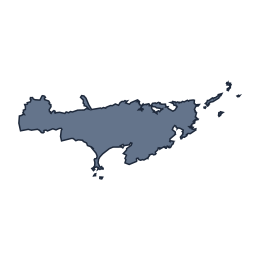 Corca Dhuibhne Lea-3, Kerry, Ireland (Albers equal-area conic projection), rotated 184°
{"feature_id": "5873133B90266849375515", "entity_name": "Corca Dhuibhne Lea-3", "entity_type": "district", "adm_level": 2, "iso_a3": "IRL", "parent_name": "Ireland", "parent_adm1": "Kerry", "projection": "albers", "projection_center": [-10.264, 52.188], "detail": "fine", "context": "isolated", "style": "filled", "palette": "slate", "viewbox_px": 256, "rotation_deg": 184, "n_neighbors": 0, "source": "geoboundaries", "source_scale": "gbopen_adm2", "svg_char_len": 5886}
<svg xmlns="http://www.w3.org/2000/svg" viewBox="0 0 256 256"><g transform="rotate(184 128 128)"><path d="M235.0,117.7L227.4,119.7L224.2,119.1L218.2,120.4L216.1,119.5L214.1,117.4L212.4,117.2L211.4,118.0L211.7,119.6L211.4,119.8L209.6,120.2L208.2,119.4L202.9,122.0L199.7,121.1L196.7,122.7L194.6,123.0L193.8,122.1L194.4,120.9L194.7,114.9L193.4,110.5L183.9,113.6L181.9,113.7L179.2,111.7L176.9,112.7L172.4,112.6L171.7,111.5L168.3,110.2L167.2,107.7L163.2,106.6L161.3,105.2L161.8,104.8L163.8,106.6L158.1,100.6L156.8,97.8L157.2,95.4L159.1,94.9L159.5,94.0L158.6,91.2L158.6,88.0L159.9,86.0L161.3,85.1L159.5,83.1L158.3,84.3L159.1,85.1L158.9,85.9L156.8,87.0L154.9,86.3L155.4,84.4L154.2,85.4L153.1,84.7L152.3,85.3L150.0,85.3L150.0,86.2L151.0,86.5L151.6,87.7L152.8,87.0L153.6,87.5L155.4,91.1L155.2,94.6L154.1,97.1L151.5,100.4L145.2,106.1L141.7,107.9L133.2,108.6L131.8,107.8L131.3,108.8L132.7,108.6L134.4,109.7L132.0,111.2L132.1,111.8L131.3,110.5L130.1,110.3L125.6,111.3L124.3,113.5L123.0,113.1L123.6,110.9L127.9,107.4L127.9,105.9L130.9,102.2L127.7,100.9L127.4,101.3L128.9,97.4L127.9,96.2L128.6,93.0L124.3,91.7L117.1,95.3L117.0,96.5L117.5,97.7L117.1,98.3L115.9,98.6L114.9,97.2L113.3,96.7L111.2,97.5L109.9,97.2L106.3,99.5L106.0,99.1L105.6,100.6L104.5,102.1L104.8,102.7L104.0,103.1L101.9,103.7L100.5,103.0L99.0,103.5L98.4,104.3L98.7,104.4L99.0,105.9L96.8,108.3L96.4,110.2L95.2,109.6L95.3,111.0L94.7,109.8L94.3,110.0L94.4,109.4L90.7,111.9L90.4,111.3L89.4,111.6L89.2,110.5L88.4,110.5L87.6,112.6L86.5,111.7L85.9,112.4L85.5,111.2L84.7,111.3L83.5,112.6L83.9,112.4L82.7,114.8L81.9,115.2L81.5,116.9L82.0,117.5L81.5,117.9L84.3,118.2L85.3,117.5L86.0,118.2L85.2,117.6L85.4,120.0L80.4,124.9L80.8,125.1L80.4,126.0L80.6,127.3L83.7,129.5L83.0,131.7L81.6,133.6L82.1,134.1L80.2,133.0L80.0,132.0L78.9,131.4L78.9,130.7L78.3,131.5L76.2,131.4L72.7,129.8L72.8,128.9L73.7,128.2L72.7,127.2L73.0,126.4L72.8,125.8L75.1,122.6L74.4,120.9L73.7,121.1L72.8,122.8L71.1,122.7L68.9,124.4L68.5,125.4L69.0,125.6L67.8,126.7L65.5,126.7L60.2,130.8L60.6,131.3L60.4,131.9L62.9,131.2L64.1,131.6L63.6,132.4L64.3,132.1L63.7,132.6L64.2,132.7L62.9,133.8L66.0,132.4L67.3,133.6L65.3,133.8L64.6,135.0L65.1,135.2L64.2,136.5L62.4,137.3L63.0,137.7L61.8,138.6L62.2,138.9L61.8,139.6L62.9,139.6L61.3,141.2L60.9,140.7L58.9,141.3L59.2,141.7L58.9,141.9L60.3,142.5L60.3,143.2L61.6,143.7L60.7,148.0L61.8,148.3L61.6,149.1L62.5,149.7L62.1,150.9L62.6,150.4L63.1,151.3L61.7,154.5L59.5,154.9L58.5,156.4L62.0,155.9L63.7,157.3L63.7,160.3L64.8,160.5L68.6,159.8L69.4,159.0L70.7,159.8L73.7,158.0L75.6,158.3L76.8,157.1L78.0,157.3L78.7,156.6L78.9,157.2L80.7,157.4L82.0,156.4L83.0,157.5L83.9,157.1L85.1,157.7L85.9,156.7L87.2,156.4L84.6,155.5L83.6,153.8L81.8,154.2L81.0,152.1L80.8,153.6L80.5,152.5L82.4,149.2L84.4,147.9L89.0,150.1L90.0,151.2L89.6,152.0L91.8,151.6L91.4,152.3L92.1,153.0L92.3,154.4L96.6,154.0L97.6,155.2L98.1,154.8L98.2,155.4L99.4,155.7L101.7,154.3L102.5,154.9L105.3,154.3L106.1,152.6L104.8,151.1L102.1,151.0L101.0,150.1L97.5,149.9L96.4,149.0L95.5,149.5L95.0,149.4L94.9,149.5L94.9,149.4L94.7,149.5L94.6,149.4L96.8,147.7L97.5,146.5L98.7,147.3L100.4,146.4L100.1,144.3L102.2,145.5L102.1,146.2L102.6,146.6L102.4,145.7L103.0,145.7L103.0,146.3L103.1,145.7L103.7,145.8L103.3,146.2L103.6,146.3L103.3,147.1L104.7,147.7L105.9,149.4L105.8,150.9L106.6,151.9L108.4,151.8L108.2,152.9L108.9,153.6L111.3,152.5L111.9,152.6L111.6,152.9L113.9,152.3L114.6,153.1L115.0,152.6L114.6,151.9L116.2,150.3L116.2,149.4L116.1,148.3L114.7,148.3L114.1,147.8L114.3,147.4L115.4,147.1L115.5,146.2L116.7,147.2L118.2,147.1L118.5,146.3L118.4,147.0L118.8,146.9L118.4,147.5L116.9,148.1L116.0,151.5L118.2,152.1L118.4,153.7L118.9,153.7L118.5,155.0L120.6,154.9L119.4,156.1L120.5,156.7L126.9,153.5L128.3,151.8L132.1,152.8L130.6,154.9L131.8,154.5L132.9,155.1L134.1,154.1L135.8,154.1L137.6,152.8L139.0,150.0L142.3,151.1L145.1,149.2L147.0,149.2L151.3,147.1L151.6,146.2L153.9,146.7L155.8,145.6L156.8,146.0L165.6,143.9L168.6,148.1L172.0,154.8L174.2,156.9L176.5,157.1L177.5,155.3L174.6,152.8L174.3,151.7L174.5,149.7L173.2,148.7L173.3,147.2L171.1,146.7L168.2,144.0L170.7,144.6L173.0,142.9L179.4,142.3L184.6,140.1L186.6,140.4L188.2,139.1L190.8,139.7L192.0,138.1L197.4,138.9L201.5,138.1L201.3,137.3L202.1,138.2L201.9,139.6L203.1,140.2L205.2,138.4L206.0,136.5L205.6,137.9L206.4,137.1L206.1,137.8L206.6,138.8L207.4,138.8L207.9,140.8L206.3,143.8L206.6,145.9L207.6,145.9L208.4,146.8L207.8,147.5L209.0,149.4L213.2,150.5L213.5,151.9L212.5,152.7L213.4,153.9L215.3,154.3L216.0,154.0L217.8,149.7L222.6,149.7L224.5,150.3L225.3,151.7L227.4,151.5L227.6,150.0L226.7,149.3L227.3,147.2L230.3,146.2L229.9,145.1L230.5,144.5L232.7,144.2L231.8,142.2L231.7,139.3L233.6,138.5L233.3,137.0L233.9,136.2L232.3,134.2L234.0,134.3L234.8,133.2L237.2,132.4L237.2,125.2L235.0,117.7ZM45.1,160.2L39.5,164.2L39.3,165.2L38.7,165.5L38.4,166.7L37.6,166.8L36.7,168.9L40.3,167.6L40.1,166.8L43.0,164.3L44.2,164.2L45.0,163.2L45.9,163.9L49.1,161.2L50.7,161.0L51.1,159.4L52.6,157.7L51.3,157.2L50.5,155.4L49.9,155.5L49.5,156.0L49.8,155.9L49.4,156.2L49.3,156.7L49.7,156.3L49.3,158.1L48.8,158.0L47.8,159.5L45.1,160.2ZM36.3,148.5L34.2,150.2L37.0,150.7L37.4,149.5L38.4,149.6L38.6,146.8L38.0,145.9L37.2,146.6L37.7,146.9L36.2,147.7L36.3,148.5ZM29.8,177.8L29.4,176.9L28.7,177.0L28.3,178.4L29.1,178.2L29.0,178.7L29.4,178.7L29.0,179.1L29.4,178.9L29.1,179.8L31.2,179.8L31.4,180.6L31.8,179.9L32.6,180.1L32.9,179.2L31.8,178.4L32.1,177.9L29.8,177.8ZM29.8,174.3L28.7,175.2L28.8,176.1L31.7,174.1L31.7,172.6L30.6,172.3L30.5,173.5L30.0,173.4L29.8,174.3ZM20.7,166.8L19.4,167.1L18.8,168.0L19.4,167.7L19.9,168.4L21.5,167.5L20.7,166.8ZM157.0,80.1L158.0,79.7L158.2,78.7L157.3,78.3L157.0,80.1ZM52.4,153.0L51.9,154.0L52.5,154.6L53.1,153.7L53.6,153.9L53.6,153.4L52.4,153.0ZM151.1,77.2L152.6,77.2L152.6,76.1L151.1,77.2ZM150.2,76.3L151.2,75.8L151.3,75.4L150.6,75.4L150.2,76.3ZM158.2,78.0L158.9,78.2L159.0,77.8L158.2,78.0Z" fill="#64748b" stroke="#1e293b" stroke-width="1.5"/></g></svg>